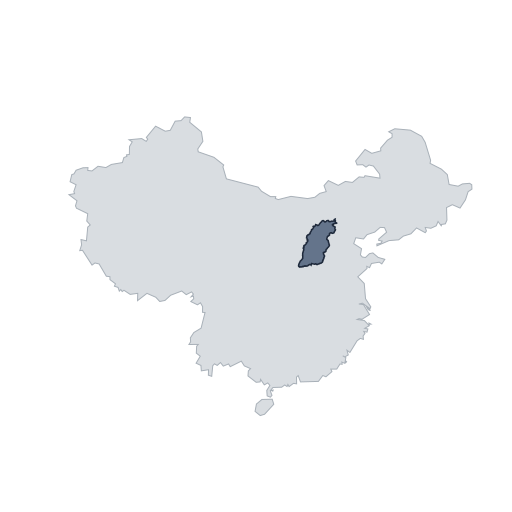 China, with Shanxi highlighted, rotated 12°
{"feature_id": "CHN-1805", "entity_name": "Shanxi", "entity_type": "Province", "adm_level": 1, "iso_a3": "CHN", "parent_name": "China", "parent_adm1": "", "projection": "equal_earth", "projection_center": [112.547, 37.663], "detail": "fine", "context": "in_parent", "style": "filled", "palette": "slate", "viewbox_px": 512, "rotation_deg": 12, "n_neighbors": 0, "source": "natural_earth", "source_scale": "10m", "svg_char_len": 9052}
<svg xmlns="http://www.w3.org/2000/svg" viewBox="0 0 512 512"><g transform="rotate(12 256 256)"><path d="M282.4,379.5L273.1,375.0L272.4,370.0L274.1,367.3L267.4,365.9L263.5,361.9L253.8,369.6L251.6,367.3L246.9,370.5L243.4,367.6L240.8,371.1L237.8,370.1L236.5,372.3L237.7,382.9L234.2,382.5L233.2,377.1L226.4,379.7L224.9,374.5L219.7,373.3L222.3,365.6L217.8,363.4L216.7,356.6L217.9,354.5L208.8,356.5L209.9,353.5L208.8,349.7L211.1,343.8L217.3,338.0L217.9,321.9L215.4,322.2L214.3,316.6L211.4,313.3L208.9,315.9L201.7,314.1L204.0,310.8L203.1,308.2L201.0,309.4L202.7,306.3L200.5,304.5L195.8,308.3L190.6,305.7L180.7,312.1L176.2,318.4L171.3,320.5L166.6,317.2L157.1,315.2L149.4,324.3L148.1,317.1L140.9,319.7L134.0,317.0L132.5,318.6L130.7,316.9L129.6,318.8L127.6,315.4L123.8,315.0L124.3,312.4L118.1,309.5L117.4,306.6L113.8,306.9L104.2,296.4L99.9,296.3L97.5,299.0L85.1,286.5L82.5,287.4L83.1,281.4L81.4,276.3L87.0,276.4L85.4,262.7L87.4,260.1L83.2,257.0L82.6,249.6L70.5,246.6L69.0,244.5L69.4,239.2L60.3,234.9L65.6,232.7L64.4,230.8L65.2,223.7L58.7,222.0L58.9,214.7L60.9,213.5L62.2,209.5L68.4,205.7L73.3,204.5L73.6,207.3L77.9,206.9L82.8,201.1L90.8,200.7L95.5,196.5L105.9,192.4L106.3,187.2L109.0,185.4L108.3,184.0L111.0,183.0L109.5,175.2L111.2,170.1L107.6,168.7L119.8,164.9L124.8,166.7L125.8,164.2L124.1,162.8L130.8,149.9L141.3,152.8L146.0,150.9L148.9,140.9L154.5,139.2L157.3,134.8L163.1,134.2L163.4,139.0L176.8,146.0L180.2,154.9L176.8,163.4L177.8,166.1L194.3,168.2L205.5,173.7L205.1,175.7L211.0,186.7L243.8,188.2L247.9,191.5L257.8,194.9L263.0,193.8L262.9,195.7L266.0,196.2L277.8,190.4L294.5,189.1L301.4,186.3L305.3,181.5L311.3,178.4L307.9,173.0L311.1,167.2L321.8,169.8L327.9,164.5L335.0,164.0L340.4,157.2L345.3,156.6L345.9,154.8L361.1,154.1L359.9,150.2L352.1,143.6L347.6,143.5L345.1,146.2L341.4,144.5L336.0,145.9L333.7,142.4L340.5,129.1L347.9,131.5L356.2,127.2L355.5,124.5L360.5,115.4L364.4,111.6L363.7,108.1L360.0,106.9L365.3,102.7L380.8,100.8L393.2,104.5L397.8,109.6L406.9,126.1L407.0,129.2L419.3,132.5L426.2,136.6L430.0,145.9L439.2,145.7L442.9,142.6L449.8,140.5L452.2,141.4L453.3,145.7L450.1,149.0L449.2,157.5L445.6,166.7L437.4,165.0L432.3,169.0L435.3,181.2L434.5,185.2L430.5,186.7L431.3,188.3L426.9,184.4L426.0,189.0L421.3,192.5L415.6,192.9L417.5,196.1L416.7,198.0L407.2,195.2L402.9,202.1L396.0,205.9L392.2,210.5L382.9,213.3L372.2,220.9L371.7,219.2L375.5,217.6L376.3,215.2L372.7,215.2L372.6,213.8L378.8,205.6L375.8,201.5L371.5,202.2L367.2,207.9L360.2,212.0L357.6,217.0L349.8,217.4L349.0,223.6L357.7,226.9L357.9,233.2L360.2,234.9L363.4,234.7L366.5,230.1L369.7,228.7L375.8,232.0L382.7,232.5L380.7,237.6L377.9,236.4L370.5,239.3L369.5,243.8L366.5,243.1L367.2,245.1L359.9,255.2L367.6,260.4L372.0,275.0L378.9,281.9L378.5,283.8L369.9,280.0L366.6,281.6L371.2,281.2L379.2,289.6L372.9,295.8L369.8,295.8L368.1,297.1L375.4,296.6L381.3,300.6L377.4,304.1L380.6,304.1L380.4,307.4L377.1,307.4L378.7,309.1L377.4,312.0L378.4,315.2L375.2,314.9L372.5,317.9L367.9,330.8L364.6,329.3L366.8,333.6L363.9,336.2L361.6,335.6L365.0,336.7L365.2,342.5L362.0,341.9L362.8,344.0L360.6,344.2L358.5,349.8L352.7,351.1L354.3,353.3L349.5,359.6L346.2,359.0L343.1,365.7L325.7,369.9L322.1,364.2L320.8,366.0L322.3,372.6L319.1,372.8L315.5,376.9L313.9,375.0L313.5,377.2L310.9,376.2L308.4,379.0L299.9,381.1L298.0,384.9L300.6,389.0L299.4,391.1L296.0,390.5L294.5,385.2L296.5,379.7L293.9,377.7L290.9,380.3L286.1,375.7L286.2,378.3L282.4,379.5ZM301.6,392.7L304.2,397.3L297.3,409.0L293.3,411.2L287.4,408.2L287.2,400.7L291.6,395.1L301.6,392.7ZM379.3,285.7L376.9,285.1L374.7,282.8L376.5,283.2L379.3,285.7ZM382.6,298.7L380.8,299.3L380.4,298.1L382.6,298.7ZM366.6,340.6L365.7,342.1L365.8,340.1L366.6,340.6ZM298.9,384.3L300.7,383.6L300.5,384.7L298.9,384.3Z" fill="#d9dde1" stroke="#a8b0b8" stroke-width="1"/><path d="M325.7,203.5L325.7,204.0L326.0,204.5L326.3,204.9L326.4,205.1L326.4,205.7L326.6,206.6L326.7,206.8L327.2,206.8L327.6,206.8L328.0,206.9L328.1,207.0L327.9,207.2L327.7,207.4L326.6,207.7L326.2,207.9L325.4,208.2L325.3,208.3L325.2,208.5L325.2,209.0L324.9,209.0L324.8,208.8L324.7,208.8L324.5,209.2L324.3,209.4L324.2,209.5L324.3,209.8L324.8,210.1L325.0,210.4L325.1,210.5L325.3,210.6L326.0,210.7L326.3,211.0L326.9,211.1L327.2,211.1L327.3,211.1L327.4,211.3L327.4,212.1L327.4,212.5L327.4,212.8L327.6,213.2L327.8,213.3L328.0,213.6L328.3,213.8L328.2,214.4L327.8,215.2L327.8,215.6L327.6,215.9L327.5,216.0L327.5,216.6L327.5,217.0L327.3,217.2L326.9,217.4L326.5,217.8L326.3,217.9L325.8,217.9L325.6,218.0L325.4,217.9L325.0,217.5L324.9,217.5L324.7,217.6L324.3,217.8L324.0,217.8L323.8,217.9L323.7,218.2L323.6,218.6L323.2,218.9L323.2,219.2L323.3,219.5L323.4,219.8L323.6,220.1L323.1,220.9L322.8,221.0L322.7,221.1L322.7,221.4L322.6,221.5L322.4,221.6L322.2,221.6L321.7,222.6L321.8,223.4L321.7,223.8L321.6,224.1L321.8,225.1L322.7,225.4L322.9,225.6L323.1,225.9L323.4,225.9L323.6,226.5L323.9,226.9L324.0,227.5L324.4,228.0L324.8,228.7L325.0,229.5L325.5,229.9L325.6,230.2L325.5,230.9L325.2,231.7L325.0,232.1L324.6,232.7L324.4,233.0L324.2,233.3L324.1,233.5L324.1,233.9L323.9,234.2L323.6,234.6L323.3,234.9L323.3,235.1L323.2,235.4L323.2,235.6L323.3,235.9L323.4,236.2L323.4,236.4L323.4,237.0L323.2,237.3L322.9,237.2L322.7,237.3L322.7,237.7L322.6,237.8L322.3,238.1L321.9,238.2L321.8,238.3L321.6,238.4L321.3,238.4L321.2,238.5L321.4,238.8L321.3,239.1L321.3,239.3L321.6,239.6L321.7,239.9L321.9,240.1L321.8,240.4L321.8,240.5L322.0,240.8L322.3,240.9L322.5,241.1L322.9,241.4L323.1,241.8L323.1,242.0L322.7,243.0L322.9,243.2L322.9,243.3L322.7,243.5L322.9,243.8L322.8,244.1L322.8,244.4L322.8,244.6L322.7,245.1L322.5,245.3L322.4,245.4L322.5,245.9L322.4,246.2L322.5,246.6L322.2,246.7L322.2,246.8L322.3,247.1L322.2,247.8L322.3,248.1L322.2,248.3L321.9,248.6L321.7,248.8L321.5,249.2L321.4,249.3L321.1,249.5L320.5,249.7L320.3,249.7L320.2,250.0L319.8,250.1L319.7,250.3L319.4,250.4L319.2,250.5L319.1,250.8L318.4,250.9L318.2,251.1L318.0,251.4L317.6,251.7L316.9,251.7L316.4,251.4L316.2,251.1L315.8,251.2L315.6,251.3L315.4,251.7L315.0,251.9L314.8,251.9L314.2,251.8L313.8,251.9L312.6,251.8L312.3,251.8L312.0,251.7L311.9,251.8L311.9,252.9L311.8,253.5L311.2,253.0L310.9,253.1L310.7,253.1L310.3,253.1L310.1,253.4L309.9,253.5L309.7,253.7L309.4,253.8L309.3,254.1L309.0,254.2L308.8,254.7L308.7,254.8L308.6,255.0L307.6,255.3L307.3,255.5L307.0,255.3L306.9,255.3L306.7,255.5L306.5,255.4L306.4,255.4L306.3,255.7L306.2,255.7L305.8,255.5L305.7,255.5L305.6,255.9L304.9,256.1L304.7,256.4L304.3,256.2L304.1,256.3L304.2,256.7L303.9,256.9L303.1,256.9L303.0,257.0L302.9,257.1L302.7,257.3L302.3,257.4L301.9,257.4L301.5,257.6L301.3,257.3L301.1,257.3L300.9,257.4L300.8,257.5L300.7,257.6L300.5,257.3L300.0,257.3L299.8,257.1L299.7,256.9L299.6,256.4L299.6,255.6L299.6,255.4L299.7,255.2L299.8,254.9L299.8,254.6L299.7,254.4L299.8,254.2L299.9,253.8L300.0,253.4L300.1,253.1L300.3,252.1L300.4,251.7L300.5,251.6L300.9,251.2L301.0,250.9L301.4,250.3L301.5,250.1L301.7,249.9L301.8,249.5L301.8,249.3L302.1,248.9L302.2,248.5L302.2,248.2L301.9,247.5L301.8,246.3L301.7,246.0L301.5,245.9L301.4,245.5L301.4,245.1L301.1,243.7L301.1,243.3L301.1,243.1L301.2,242.8L301.3,242.6L301.2,242.0L301.2,241.8L301.3,241.3L301.3,241.0L301.4,240.6L301.5,240.3L301.4,239.8L301.4,239.7L300.7,238.8L300.8,238.7L301.0,238.8L301.0,238.7L301.1,238.4L300.9,238.4L300.8,238.2L300.7,238.1L300.8,238.0L300.9,237.8L300.9,237.7L300.9,237.4L300.7,237.2L300.8,236.9L300.9,236.6L301.0,236.4L300.9,236.3L300.7,236.1L300.7,235.9L300.8,235.9L301.0,236.0L301.1,235.9L301.2,235.6L301.4,235.4L301.6,235.2L301.7,234.8L301.8,234.7L302.0,234.5L302.4,233.9L302.5,233.7L302.7,233.3L302.8,233.1L302.8,232.9L302.5,232.8L302.4,232.7L302.5,232.4L302.9,232.2L303.1,231.9L303.3,231.3L303.5,231.1L303.4,230.8L303.3,230.6L303.5,230.3L303.4,230.1L302.9,229.8L303.2,229.6L303.3,229.5L303.2,229.3L302.7,229.1L302.6,228.9L302.2,228.0L302.1,227.9L301.9,227.7L301.7,227.7L301.7,227.3L301.6,227.2L301.6,226.5L301.7,226.0L301.6,225.8L301.7,225.5L301.9,225.4L302.1,225.3L302.1,224.8L302.2,224.7L302.3,224.6L302.6,224.6L303.0,224.2L303.3,224.0L303.4,223.6L303.6,223.4L303.8,223.4L304.0,223.3L304.1,222.9L304.3,222.6L304.3,222.2L304.1,222.0L304.1,221.9L304.3,221.3L304.4,221.1L304.6,220.8L304.6,220.5L304.8,220.1L304.9,219.6L305.0,219.4L304.8,218.8L304.9,218.5L305.1,218.4L305.6,218.2L305.8,218.0L305.9,217.7L306.0,217.1L306.5,216.0L306.5,215.9L306.2,215.7L306.1,215.4L306.0,215.5L305.7,215.2L305.9,215.0L306.1,214.9L306.3,214.8L306.9,214.9L307.1,214.8L307.3,214.7L307.5,214.3L307.8,214.0L307.8,213.9L307.8,213.1L308.0,213.2L308.2,212.9L309.5,213.0L309.7,213.3L310.0,213.4L310.6,213.1L311.1,212.5L311.2,212.3L311.3,211.8L311.5,211.4L311.8,210.9L312.2,209.8L312.7,209.4L313.0,208.7L313.4,207.9L313.9,207.6L314.2,207.4L314.6,207.4L315.1,207.8L315.5,207.8L316.0,208.2L316.2,208.4L316.3,208.4L317.0,208.1L317.1,207.9L317.7,207.1L317.8,206.9L318.7,206.4L319.4,206.2L319.6,206.3L319.8,206.5L320.0,206.9L320.1,207.1L320.3,207.1L320.5,207.2L321.0,207.1L321.3,207.0L321.6,206.9L322.6,206.2L323.2,206.2L323.4,206.2L324.0,205.9L325.0,205.7L325.2,205.4L324.9,204.7L324.9,204.4L324.9,204.2L325.1,203.9L325.7,203.5Z" fill="#64748b" stroke="#1e293b" stroke-width="1.5"/></g></svg>